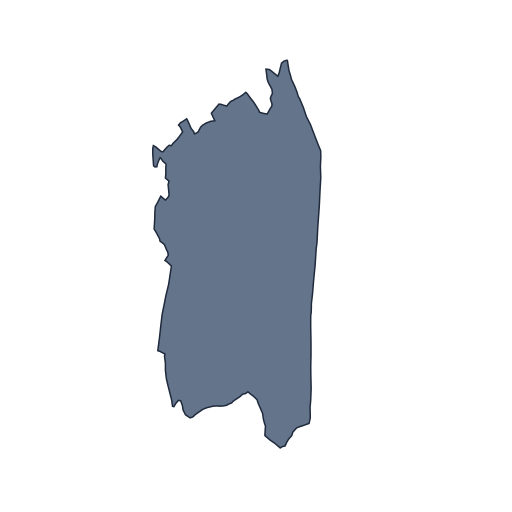 the district of Al-Sulaymaniyah, As-Sulaymaniyah, Iraq, rotated 221°
{"feature_id": "34846034B55719256527363", "entity_name": "Al-Sulaymaniyah", "entity_type": "district", "adm_level": 2, "iso_a3": "IRQ", "parent_name": "Iraq", "parent_adm1": "As-Sulaymaniyah", "projection": "robinson", "projection_center": [45.485, 35.442], "detail": "fine", "context": "isolated", "style": "filled", "palette": "slate", "viewbox_px": 512, "rotation_deg": 221, "n_neighbors": 0, "source": "geoboundaries", "source_scale": "gbopen_adm2", "svg_char_len": 3471}
<svg xmlns="http://www.w3.org/2000/svg" viewBox="0 0 512 512"><g transform="rotate(221 256 256)"><path d="M405.9,272.0L405.4,271.1L404.3,269.2L400.4,264.8L392.5,256.9L390.7,256.9L389.7,257.9L389.4,258.2L389.7,258.9L390.2,259.8L390.9,261.0L392.2,264.8L392.6,266.3L392.8,267.3L392.6,267.3L392.0,267.3L388.3,266.4L384.4,266.4L383.9,266.0L381.8,263.2L377.9,258.8L375.5,255.4L370.8,255.4L369.2,252.2L367.6,250.7L361.6,245.0L360.9,242.7L360.9,241.7L361.1,238.7L363.7,238.7L366.9,238.7L367.1,238.7L366.9,237.7L365.3,231.5L364.5,227.4L361.6,223.4L356.4,217.1L352.5,212.0L350.6,209.5L346.7,208.3L343.3,207.0L340.2,205.8L338.1,204.2L335.4,204.5L332.6,204.5L327.6,202.0L325.2,201.1L322.6,198.9L322.4,196.7L321.8,192.9L318.7,193.2L313.2,192.9L310.3,188.2L306.7,182.6L303.3,177.2L297.8,166.6L293.6,159.3L288.6,150.5L283.2,142.5L281.6,140.2L275.3,131.1L268.0,120.1L265.9,121.0L260.4,122.3L259.4,120.4L254.1,115.7L249.2,110.1L242.9,104.4L238.2,101.0L225.1,91.9L220.4,87.8L219.1,88.4L219.8,92.0L219.8,96.2L217.8,97.3L213.4,94.8L210.1,92.0L205.1,89.9L199.5,90.6L198.1,93.1L197.8,96.2L196.9,100.1L195.4,105.8L193.3,109.7L189.8,114.6L187.2,117.1L184.5,119.2L182.4,121.3L181.3,122.7L180.1,124.2L179.8,125.6L178.0,129.1L178.0,131.2L177.1,134.8L175.9,139.0L175.4,142.9L173.6,145.4L173.0,148.2L170.3,148.2L165.6,148.5L160.9,148.2L158.3,146.6L157.4,146.1L152.7,143.9L147.7,141.5L143.6,137.9L140.6,135.8L137.1,133.7L135.6,131.6L131.5,126.3L124.5,126.3L118.6,127.0L111.8,127.0L110.9,129.8L109.4,131.6L110.6,135.5L111.2,139.0L111.2,143.9L112.6,147.1L112.6,150.3L112.6,152.8L111.2,155.6L109.1,159.1L107.9,161.3L106.1,164.4L108.8,169.4L116.1,177.5L119.9,182.8L127.3,192.0L137.3,203.0L142.6,209.0L149.3,217.1L158.2,227.3L168.5,238.7L175.5,246.8L177.3,249.6L180.8,253.9L182.9,256.3L183.5,257.2L188.5,264.5L195.2,273.6L200.8,281.4L205.0,287.4L215.3,300.9L218.8,306.2L227.9,317.8L240.9,335.1L252.1,349.3L258.3,357.4L266.2,365.9L271.8,373.0L276.3,377.9L283.3,381.4L301.3,391.0L309.3,394.2L317.6,399.1L325.9,403.2L326.6,403.5L328.7,404.1L332.6,406.6L335.0,407.9L338.1,409.5L345.2,412.6L347.8,414.5L352.8,417.6L360.3,423.9L360.7,424.2L361.7,423.3L362.8,421.1L363.1,419.0L363.3,418.3L363.1,418.0L362.0,415.8L358.6,409.2L357.8,407.0L357.5,406.0L357.8,406.0L365.4,405.7L366.9,405.7L368.5,405.4L370.5,404.0L371.1,403.5L370.5,403.0L366.4,399.4L364.1,397.2L361.4,395.4L358.3,394.1L356.5,393.5L353.3,392.2L350.2,389.4L349.6,386.9L348.6,384.4L346.8,383.1L343.6,381.2L342.3,379.3L342.0,376.5L340.9,371.4L340.7,370.6L340.9,370.4L343.6,368.7L347.5,366.8L349.4,367.7L354.3,369.3L358.8,370.6L365.1,371.8L369.3,372.8L371.1,372.8L371.6,369.3L372.7,365.5L374.0,362.4L374.8,360.8L375.3,358.6L376.3,356.7L376.6,355.5L376.6,354.5L376.6,353.3L376.6,352.4L376.5,351.1L376.3,350.2L379.2,348.6L381.8,347.6L383.6,346.4L383.6,345.4L383.4,334.5L381.3,333.5L376.4,331.3L375.8,331.0L376.4,330.3L378.4,328.2L380.8,323.8L382.1,319.7L382.3,317.9L382.3,317.2L382.3,316.9L381.6,313.7L381.2,312.4L381.0,311.9L381.2,311.4L381.5,310.0L382.6,307.8L384.7,309.0L388.6,309.7L396.5,313.4L398.3,314.1L399.6,309.4L399.9,308.4L400.4,307.2L400.4,306.2L400.4,305.0L400.4,304.0L397.8,303.7L392.8,301.5L392.5,299.0L392.1,292.9L392.0,292.4L392.1,291.9L392.5,287.2L392.5,286.8L392.5,286.2L392.3,284.6L392.3,283.6L393.0,283.3L394.1,282.7L394.6,279.9L394.6,278.9L394.6,277.4L394.6,276.4L394.6,275.4L394.6,274.6L394.6,273.6L395.4,272.9L397.2,272.6L400.6,272.6L403.0,272.6L405.4,272.1L405.9,272.0Z" fill="#64748b" stroke="#1e293b" stroke-width="1.5"/></g></svg>